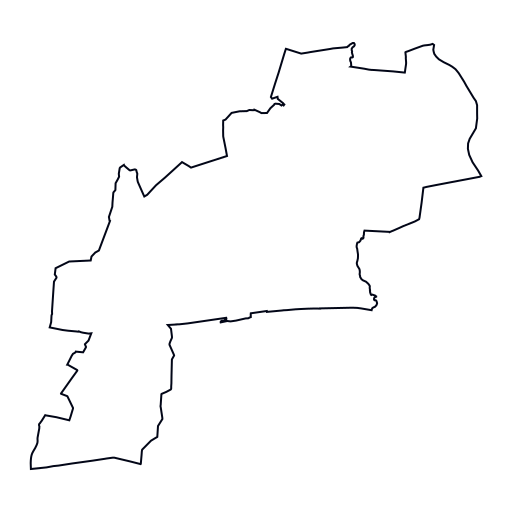 outline of Viesturu pag., Rundales, Latvia
{"feature_id": "27541924B49235557147399", "entity_name": "Viesturu pag.", "entity_type": "district", "adm_level": 2, "iso_a3": "LVA", "parent_name": "Latvia", "parent_adm1": "Rundales", "projection": "orthographic", "projection_center": [23.935, 56.446], "detail": "fine", "context": "isolated", "style": "outline", "palette": "ink", "viewbox_px": 512, "rotation_deg": 0, "n_neighbors": 0, "source": "geoboundaries", "source_scale": "gbopen_adm2", "svg_char_len": 5852}
<svg xmlns="http://www.w3.org/2000/svg" viewBox="0 0 512 512"><path d="M249.4,317.6L250.8,317.1L250.7,314.2L250.8,313.3L266.8,311.0L266.9,311.9L281.9,310.5L282.9,310.4L283.0,310.3L287.1,310.1L295.6,309.3L301.0,309.0L307.7,308.7L314.9,308.5L320.1,308.6L320.1,308.4L352.3,307.7L357.3,307.9L361.0,308.4L371.6,310.2L371.8,309.3L372.4,308.1L373.6,307.3L374.6,307.0L375.2,306.6L375.7,305.9L375.9,305.8L376.3,305.5L376.4,305.1L376.6,304.7L376.8,304.3L377.1,303.2L376.8,302.1L376.6,301.5L376.2,300.6L375.7,300.3L375.5,300.2L374.7,300.3L374.3,300.0L374.1,299.7L374.0,299.3L374.0,298.9L374.2,298.1L374.4,297.6L374.7,297.4L375.1,297.1L376.2,296.7L376.2,296.4L375.6,296.1L375.2,295.6L373.2,294.9L372.2,294.6L371.7,294.8L371.3,295.0L371.0,294.7L370.8,294.4L370.8,294.2L370.4,293.3L370.4,293.0L370.1,292.3L370.1,292.1L370.0,291.7L370.1,290.8L370.0,290.6L370.0,290.3L369.9,290.1L370.0,289.9L369.7,288.0L369.8,286.3L369.6,285.6L368.3,283.8L366.0,281.7L362.9,280.3L361.5,279.2L360.1,276.9L360.1,276.0L359.8,275.0L359.6,274.2L359.7,273.4L359.8,273.0L359.8,271.0L359.5,269.3L359.2,268.7L357.5,266.0L357.1,264.8L356.8,263.5L356.9,262.3L357.3,261.1L357.9,258.4L358.0,256.2L358.0,254.4L357.5,251.2L357.2,248.8L356.7,247.4L356.6,246.1L357.0,243.8L357.4,242.6L359.1,242.2L360.4,240.7L360.9,239.5L361.0,238.9L361.5,238.2L362.2,238.2L362.7,238.7L363.1,238.4L363.3,238.2L363.5,237.5L363.4,236.2L363.9,234.7L364.0,232.3L364.5,230.6L389.9,231.9L389.9,232.0L392.4,230.9L392.8,230.8L399.4,227.9L403.3,226.1L414.8,221.5L419.1,219.2L419.5,217.7L421.6,202.7L423.4,187.7L426.6,186.9L435.8,185.1L451.6,182.1L454.9,181.5L458.5,180.8L466.5,179.3L479.6,176.8L481.3,176.1L478.0,170.4L472.6,162.3L469.2,154.9L467.9,148.8L468.1,143.4L469.7,138.8L475.9,128.3L477.2,118.5L477.1,113.4L477.1,105.2L475.9,101.1L473.6,97.8L466.4,85.9L464.1,81.7L458.7,73.1L457.0,71.0L455.5,69.2L454.2,68.2L452.2,66.7L449.4,65.0L443.7,62.2L438.9,59.3L436.2,56.6L434.3,53.9L433.7,51.8L433.3,49.7L434.1,45.0L432.6,43.9L430.2,44.7L427.4,45.1L424.5,45.4L422.9,45.7L414.9,48.6L408.1,51.2L406.0,51.9L405.4,52.3L405.6,54.4L405.7,55.1L405.9,57.2L405.8,57.6L405.8,58.3L406.1,62.2L406.1,63.6L406.0,64.5L405.3,69.2L404.9,72.2L404.8,72.6L393.1,71.4L373.9,70.0L371.4,69.9L368.8,69.6L364.2,68.7L350.6,66.6L351.0,66.3L351.2,66.0L351.2,65.0L351.1,64.1L351.0,62.8L350.9,62.3L350.7,61.8L350.4,61.3L350.1,59.9L350.2,58.5L350.4,58.2L350.6,57.8L350.8,57.5L351.1,57.4L352.5,57.4L352.9,57.0L352.9,56.0L352.8,55.6L352.6,54.9L352.4,54.3L351.9,52.5L352.1,51.2L351.7,50.2L351.7,48.7L352.6,47.3L353.9,46.4L354.6,45.4L354.7,44.2L353.9,43.0L352.7,43.0L349.6,44.8L348.8,45.9L348.0,46.4L347.8,46.4L347.2,47.1L342.4,47.6L333.1,48.4L329.9,49.0L310.2,52.1L307.6,52.6L301.2,53.6L286.3,48.9L285.9,48.8L284.2,54.1L278.6,72.7L275.2,83.2L270.9,97.0L272.1,98.7L275.8,97.4L277.5,96.8L277.8,98.9L283.1,103.2L283.1,103.4L284.3,104.5L283.7,105.3L283.0,104.4L281.5,105.5L279.3,104.0L275.8,103.7L275.4,103.7L274.5,104.0L274.1,104.8L270.4,108.2L267.0,113.0L261.4,113.1L259.9,112.2L254.6,109.8L254.6,110.1L252.9,110.2L249.3,110.0L249.1,110.1L247.5,110.8L246.8,111.1L239.5,111.3L231.6,112.9L225.5,119.6L223.2,120.5L223.1,125.0L223.2,127.2L223.1,130.4L223.2,136.1L223.3,136.9L225.6,148.4L227.0,156.0L191.0,167.6L188.8,166.1L186.6,164.8L182.0,162.1L181.6,162.5L165.1,177.5L156.2,185.1L155.7,185.6L147.2,194.8L144.3,196.5L143.7,195.2L142.0,191.4L137.9,182.1L137.6,181.0L137.3,179.2L137.0,177.5L137.0,176.9L137.3,173.8L137.1,173.0L136.9,172.7L136.2,170.0L135.6,169.6L135.2,169.5L134.7,169.4L130.5,170.4L129.7,170.3L129.3,170.0L126.1,167.3L124.1,165.5L123.9,164.9L120.1,167.5L119.7,168.2L118.8,173.8L119.1,176.7L119.0,176.9L117.7,179.5L115.6,183.2L115.4,189.9L115.3,190.2L115.2,190.3L113.5,192.3L113.4,192.5L113.3,193.0L112.8,199.2L112.5,202.7L112.3,206.8L109.0,216.7L108.9,217.0L109.0,217.4L109.5,220.4L109.6,220.7L110.0,220.9L109.9,221.2L98.9,250.5L95.9,252.2L95.4,252.4L91.5,256.5L90.7,260.5L69.5,261.5L69.0,261.6L55.6,268.2L54.8,274.5L56.3,276.6L56.4,276.9L56.5,277.7L54.0,281.6L53.6,287.3L53.3,291.6L52.0,311.2L52.1,314.0L51.6,315.1L51.5,315.7L51.2,321.4L51.1,322.4L49.7,327.4L62.6,330.0L68.0,330.7L76.8,331.5L78.3,331.7L78.8,331.6L78.9,331.4L80.9,332.2L83.0,332.7L88.7,333.6L91.3,333.3L88.5,340.6L84.9,344.2L84.9,344.3L86.0,346.9L85.9,347.4L85.6,347.9L83.1,352.3L82.9,352.3L75.8,351.6L75.7,352.0L75.4,352.4L74.3,353.1L73.0,353.8L72.1,355.2L71.7,355.8L67.3,364.6L67.5,364.6L76.9,369.9L77.2,370.1L77.3,370.3L77.3,370.6L77.1,370.9L71.6,378.5L61.0,393.5L61.1,393.8L67.1,396.1L67.4,396.3L73.0,407.9L73.0,408.5L70.6,416.5L69.3,420.3L56.4,417.2L45.4,415.3L45.2,415.2L41.7,420.8L40.2,422.8L40.0,423.2L39.4,423.7L39.1,424.3L39.0,424.9L39.1,425.6L39.2,425.9L39.4,426.5L39.3,427.4L39.3,428.2L39.0,429.9L37.6,437.5L37.5,438.7L37.6,441.1L37.4,442.9L36.6,445.1L35.2,448.0L33.3,451.2L32.3,453.1L31.7,454.7L31.3,456.3L31.0,458.2L30.8,460.5L30.7,463.1L30.8,466.3L30.9,469.0L46.5,467.4L53.4,466.1L58.5,465.6L72.0,463.5L92.3,460.7L104.9,458.8L106.6,458.5L112.5,457.7L114.4,457.7L130.4,461.5L140.6,464.1L140.8,463.8L141.6,454.6L141.8,451.7L142.0,450.3L142.1,449.8L142.4,449.4L143.1,448.7L151.0,440.7L155.1,438.2L157.2,437.0L157.3,436.9L158.0,426.0L160.4,422.2L162.4,419.0L162.3,417.6L160.8,407.8L160.5,406.2L160.7,404.8L161.4,394.3L161.4,394.2L161.6,393.9L166.3,391.9L170.6,389.6L170.9,389.3L171.1,388.9L171.2,388.3L171.2,386.4L171.4,383.4L171.5,376.1L171.9,359.4L174.1,355.5L174.1,355.3L173.5,353.8L169.5,344.8L169.5,343.9L169.9,342.6L170.6,340.8L171.8,338.2L172.0,337.3L171.9,336.1L171.0,328.8L167.8,325.0L176.3,324.5L176.3,324.4L177.8,324.3L178.4,324.3L179.4,324.3L187.7,323.4L226.2,317.8L226.4,318.5L226.3,319.2L226.2,319.4L225.0,319.8L224.1,320.5L223.4,320.8L222.9,320.9L222.1,320.7L221.6,320.9L221.0,321.3L220.6,322.0L220.7,322.4L227.3,321.0L230.3,321.4L231.2,321.3L236.0,320.6L245.7,318.4L248.1,318.3L248.7,318.1L249.4,317.6Z" fill="none" stroke="#020617" stroke-width="2"/></svg>